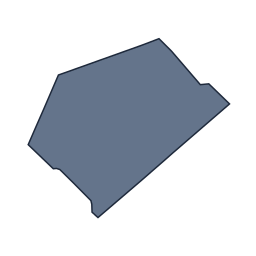 Felipe Guerra, Rio Grande do Norte, Brazil (Mercator projection), rotated 193°
{"feature_id": "56859067B3792850034153", "entity_name": "Felipe Guerra", "entity_type": "district", "adm_level": 2, "iso_a3": "BRA", "parent_name": "Brazil", "parent_adm1": "Rio Grande do Norte", "projection": "mercator", "projection_center": [-37.653, -5.533], "detail": "fine", "context": "isolated", "style": "filled", "palette": "slate", "viewbox_px": 256, "rotation_deg": 193, "n_neighbors": 0, "source": "geoboundaries", "source_scale": "gbopen_adm2", "svg_char_len": 465}
<svg xmlns="http://www.w3.org/2000/svg" viewBox="0 0 256 256"><g transform="rotate(193 128 128)"><path d="M117.9,222.0L133.1,211.8L202.8,167.1L207.7,164.0L214.4,127.2L218.1,107.7L221.5,89.3L191.6,71.5L188.6,72.5L185.1,72.2L169.0,62.3L147.8,48.9L146.1,45.5L144.1,37.9L139.7,35.4L137.1,34.0L103.0,80.2L83.8,106.7L79.1,113.3L34.5,174.3L59.2,189.2L67.3,186.5L84.7,199.3L93.8,206.0L102.8,212.6L117.9,222.0Z" fill="#64748b" stroke="#1e293b" stroke-width="1.5"/></g></svg>